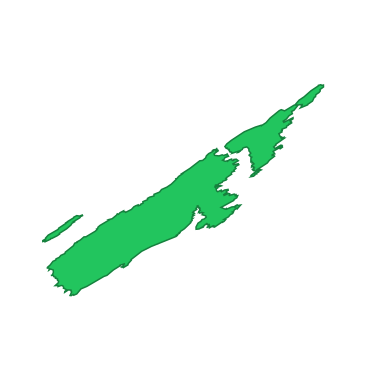 Midsund nor, Møre og Romsdal, Norway (Equal Earth projection), rotated 157°
{"feature_id": "86288312B63087388072573", "entity_name": "Midsund nor", "entity_type": "district", "adm_level": 2, "iso_a3": "NOR", "parent_name": "Norway", "parent_adm1": "Møre og Romsdal", "projection": "equal_earth", "projection_center": [6.741, 62.695], "detail": "fine", "context": "isolated", "style": "filled", "palette": "green", "viewbox_px": 384, "rotation_deg": 157, "n_neighbors": 0, "source": "geoboundaries", "source_scale": "gbopen_adm2", "svg_char_len": 6096}
<svg xmlns="http://www.w3.org/2000/svg" viewBox="0 0 384 384"><g transform="rotate(157 192 192)"><path d="M185.7,151.4L185.0,150.9L175.7,152.7L175.7,152.2L174.0,152.4L171.9,153.4L173.2,154.3L168.1,154.9L165.6,156.2L163.0,156.3L162.0,157.1L162.6,157.8L161.3,157.8L160.1,159.0L157.1,159.5L157.0,158.8L152.4,161.0L155.1,161.7L155.5,162.0L154.7,162.2L156.0,162.5L157.7,162.2L157.4,161.5L158.5,161.0L158.7,161.9L161.2,162.7L166.8,162.7L166.8,163.4L168.1,163.1L171.3,166.5L156.8,167.9L156.4,168.7L153.0,169.2L151.3,170.8L153.4,171.4L152.7,172.2L153.6,172.2L153.5,173.3L154.1,173.6L159.6,174.3L158.1,174.8L157.9,175.5L159.1,176.5L163.8,176.3L163.8,177.2L160.0,178.0L160.1,179.3L158.0,179.4L157.8,180.3L161.2,181.1L164.7,180.7L165.2,181.6L164.3,181.6L164.3,182.3L168.2,182.2L168.9,183.4L168.5,186.1L168.0,185.6L166.7,185.7L166.3,186.4L162.5,186.2L163.4,187.1L165.9,186.7L166.8,187.6L168.1,187.5L167.7,188.2L168.6,188.1L168.2,188.6L166.0,188.2L166.5,188.9L164.8,188.4L164.4,189.1L160.5,189.1L159.3,189.9L155.8,189.7L155.0,190.2L155.7,191.1L154.5,191.8L148.6,192.9L148.8,193.6L147.4,194.8L144.8,194.6L145.1,195.7L142.3,196.5L142.7,197.8L141.6,198.5L138.2,198.8L138.3,199.9L143.1,200.8L143.4,201.9L137.2,202.7L138.4,204.9L140.8,205.6L141.2,204.9L142.1,205.0L142.7,205.3L142.6,206.8L145.2,207.0L148.1,206.2L146.7,206.8L149.5,207.3L151.4,209.3L149.5,209.7L148.3,210.8L144.4,210.6L144.8,213.3L146.1,212.7L146.8,213.3L148.3,213.1L149.7,214.4L153.1,214.7L156.9,216.9L156.8,218.5L151.8,219.7L151.8,220.2L154.8,220.4L152.3,220.9L152.3,222.2L153.2,221.8L155.8,222.4L155.8,221.9L157.1,221.9L157.0,221.2L161.7,220.8L164.6,219.7L166.2,218.0L169.9,216.9L172.7,217.7L184.4,214.6L194.2,212.9L193.7,212.5L198.4,211.5L200.4,210.3L201.7,210.5L201.7,209.8L202.5,209.4L208.0,207.3L213.1,206.3L219.1,206.2L221.9,204.6L227.9,204.7L228.6,203.2L233.0,203.8L235.5,203.5L235.5,202.8L236.3,202.3L241.0,202.3L241.4,200.8L244.0,200.8L244.4,200.2L246.9,200.3L246.6,201.2L249.1,201.3L251.3,201.1L254.6,199.6L261.1,199.2L261.5,200.3L262.8,200.7L262.4,201.4L266.3,201.1L268.4,200.2L269.3,201.1L270.5,200.2L276.0,198.6L279.1,199.1L278.6,198.7L289.7,197.2L292.2,196.4L293.2,195.2L294.3,195.2L294.2,194.5L296.3,193.7L307.1,192.2L309.0,192.9L313.6,191.4L317.5,191.0L317.5,190.5L320.0,190.7L322.1,188.9L332.2,186.1L333.0,185.0L337.5,184.9L339.8,183.7L343.3,183.6L344.0,182.6L347.1,182.5L351.2,180.2L354.6,179.1L354.8,178.5L354.0,178.5L353.2,177.1L354.2,176.0L352.3,176.4L350.2,174.4L351.0,172.2L353.0,170.1L354.5,170.3L352.2,169.4L352.2,168.0L350.8,166.7L351.4,166.0L349.7,164.4L350.3,163.3L349.6,162.1L350.5,160.7L354.5,159.3L351.9,158.3L352.3,157.3L349.0,157.1L347.6,156.3L347.4,154.2L347.9,153.7L345.4,150.8L347.9,150.2L348.4,149.4L344.1,150.2L341.7,148.9L342.2,147.3L341.9,146.9L344.7,144.4L343.7,143.8L341.4,144.1L341.2,143.2L337.9,143.2L332.0,146.2L325.7,146.2L306.1,148.7L302.8,148.5L294.7,151.0L286.9,152.2L286.9,152.7L281.7,152.3L283.4,151.9L284.6,150.7L285.5,150.6L285.0,150.2L285.9,150.2L285.7,150.0L284.0,150.5L284.6,150.0L283.8,150.0L284.2,149.3L279.5,149.9L278.7,151.0L274.5,152.9L274.5,153.6L261.4,157.1L250.7,157.8L224.0,157.3L222.7,157.7L223.2,158.3L219.7,158.9L219.8,159.5L218.5,159.6L218.1,160.2L213.4,161.1L205.0,164.3L205.1,165.0L203.0,165.7L202.9,166.9L201.4,167.4L202.3,167.8L201.5,169.2L199.4,169.7L200.5,170.3L200.3,171.0L198.2,171.3L199.2,172.9L198.3,172.9L198.3,173.5L194.5,174.1L194.8,175.4L193.4,175.8L192.7,177.1L191.9,177.0L192.3,175.9L191.3,174.9L191.9,174.5L191.1,173.8L191.8,172.9L191.5,172.0L193.2,171.6L194.0,170.6L193.2,170.6L193.1,169.5L191.0,169.5L190.0,168.6L190.9,168.6L191.2,167.0L190.3,166.8L191.2,166.8L188.7,164.8L188.8,163.2L191.3,162.4L193.5,162.7L195.2,161.6L198.6,161.0L202.0,158.2L202.8,156.1L199.9,155.2L195.7,155.7L196.1,155.3L195.2,155.3L194.0,156.4L190.6,157.2L190.1,156.3L191.0,156.3L190.1,155.1L188.8,155.2L189.1,154.2L192.5,153.5L190.4,153.5L189.5,153.1L189.9,152.2L185.6,152.7L184.7,151.8L185.7,151.4ZM130.7,183.5L131.9,183.1L129.3,182.5L127.6,182.9L127.2,183.8L125.5,183.4L125.5,183.9L123.0,184.4L123.4,185.0L119.6,185.3L121.0,186.6L124.0,186.6L123.6,187.1L111.3,189.3L108.4,191.0L102.0,192.7L102.6,194.3L103.9,194.3L103.5,195.0L100.9,194.8L101.5,197.7L93.0,198.7L92.1,198.6L94.6,197.2L91.2,197.9L90.9,199.5L91.8,199.5L91.8,200.4L98.6,199.6L99.2,201.6L96.3,202.5L96.3,203.2L85.7,205.5L86.6,206.0L86.2,206.4L88.8,206.4L88.9,207.5L88.0,207.5L89.2,208.9L89.2,211.8L85.8,212.1L85.8,213.0L85.0,213.1L84.6,213.8L85.4,213.7L84.6,214.7L79.9,214.5L79.1,215.7L77.4,215.8L76.6,216.6L76.2,216.2L73.2,216.7L73.2,217.4L74.1,217.4L74.1,218.1L73.3,218.1L73.8,219.2L70.4,219.9L70.0,220.9L80.3,220.2L80.4,221.6L76.6,222.3L72.9,224.3L69.0,224.9L68.9,227.2L66.2,227.4L60.6,230.4L63.7,232.1L75.0,230.5L77.7,232.9L79.9,232.8L91.3,229.5L96.7,226.9L102.2,225.9L102.2,226.4L108.3,227.0L120.3,227.0L135.6,224.2L141.1,222.7L144.0,221.0L143.4,218.7L142.5,218.8L141.9,216.5L141.1,216.5L141.6,214.7L141.3,213.8L140.5,213.8L139.5,212.2L139.9,212.0L133.4,211.4L134.6,210.5L133.3,210.3L133.0,211.0L131.7,210.8L131.7,211.2L129.1,211.5L128.3,212.4L127.0,212.6L124.0,212.1L122.8,209.8L123.5,207.5L122.7,204.8L125.6,203.4L124.7,203.4L124.3,201.4L123.4,200.7L124.7,199.8L126.0,196.8L125.1,196.8L125.4,195.2L124.6,195.2L124.0,193.7L126.6,193.2L127.4,191.8L126.1,192.0L125.1,190.5L126.0,190.4L125.9,189.3L127.6,189.3L127.1,187.7L126.2,187.7L125.2,185.9L131.1,184.2L130.7,183.5ZM59.3,227.1L51.5,227.0L51.1,227.5L45.6,228.6L42.4,231.4L41.1,231.4L39.9,233.2L36.1,234.0L34.5,234.9L34.1,236.3L29.9,237.3L29.2,239.1L31.1,239.5L31.4,240.4L34.0,240.8L34.4,240.3L42.9,238.7L51.7,235.8L57.6,234.7L62.2,232.4L62.3,231.6L61.7,231.2L56.5,229.5L57.3,228.9L56.9,228.6L59.3,227.1ZM339.4,204.0L333.2,204.4L330.3,205.0L330.3,205.7L321.8,207.1L316.3,208.9L314.7,210.1L312.1,210.4L312.6,211.0L305.3,212.1L304.1,212.9L302.0,213.0L302.0,213.7L305.0,213.8L307.3,215.3L310.7,215.0L311.1,214.5L318.3,213.4L318.3,213.0L320.4,212.9L320.4,212.4L328.9,210.8L329.7,209.9L341.2,208.5L344.8,206.8L344.9,206.0L348.3,205.6L348.7,204.7L346.1,204.3L346.5,203.6L340.9,203.8L340.1,204.4L339.4,204.0Z" fill="#22c55e" stroke="#15803d" stroke-width="1.5"/></g></svg>